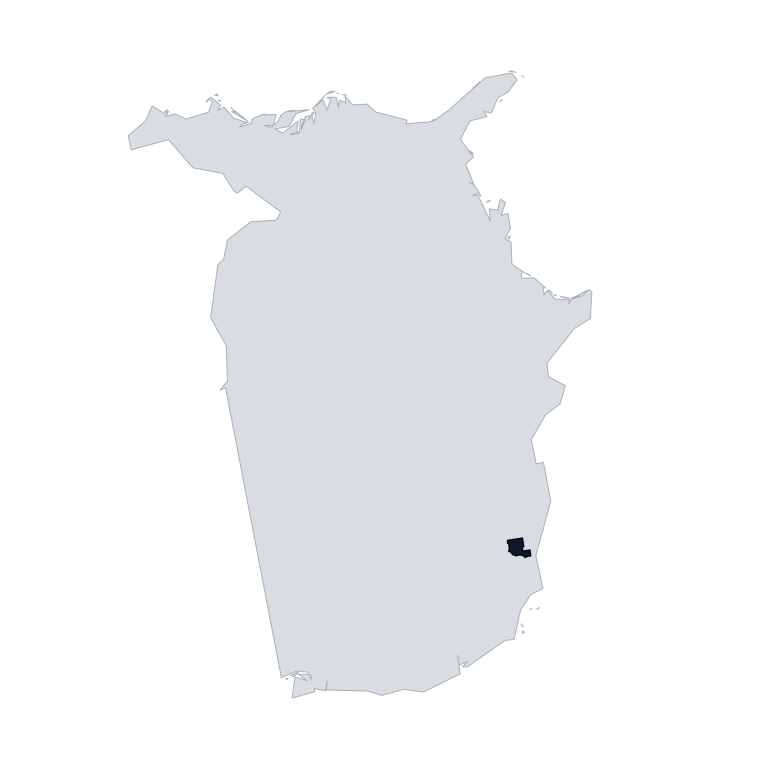 location of La Paz, Arizona, United States of America, rotated 262°
{"feature_id": "52423323B41781381522782", "entity_name": "La Paz", "entity_type": "district", "adm_level": 2, "iso_a3": "USA", "parent_name": "United States of America", "parent_adm1": "Arizona", "projection": "orthographic", "projection_center": [-114.201, 33.672], "detail": "fine", "context": "in_parent", "style": "filled", "palette": "ink", "viewbox_px": 768, "rotation_deg": 262, "n_neighbors": 0, "source": "geoboundaries", "source_scale": "gbopen_adm2", "svg_char_len": 6187}
<svg xmlns="http://www.w3.org/2000/svg" viewBox="0 0 768 768"><g transform="rotate(262 384 384)"><path d="M624.7,224.8L656.1,204.6L651.1,166.3L665.6,165.3L677.4,184.2L691.5,193.1L682.4,204.5L683.8,208.5L679.3,205.1L680.6,214.4L673.9,224.9L677.5,248.0L687.3,253.5L690.6,250.5L687.7,247.3L689.8,248.4L692.2,252.4L682.7,260.9L678.4,257.5L680.3,264.2L668.1,272.0L661.9,284.7L660.9,279.7L658.6,277.2L660.8,289.3L664.5,289.9L667.6,299.6L665.9,314.6L655.4,310.5L656.6,301.1L653.8,308.5L659.3,315.9L664.4,319.4L667.2,324.4L666.1,347.9L664.0,334.4L652.3,325.9L651.8,311.7L646.4,318.4L656.2,335.4L647.2,332.8L645.0,334.4L644.9,327.8L644.1,326.2L643.5,331.6L644.9,335.4L658.2,338.0L657.1,342.3L650.0,337.9L647.8,337.6L656.6,342.7L659.7,343.1L660.0,348.3L655.5,346.1L663.1,350.9L662.3,352.4L658.5,349.9L651.4,351.0L662.0,354.2L666.9,351.8L678.4,366.4L669.0,355.4L673.7,363.2L663.4,365.6L673.4,370.9L675.9,367.1L674.5,376.5L664.2,377.7L671.4,379.3L667.8,385.2L674.6,385.5L664.8,391.7L663.5,406.2L654.5,413.6L642.0,443.6L638.7,442.0L637.2,465.5L638.0,470.9L645.8,485.6L673.2,527.1L674.2,553.8L666.7,558.0L655.9,547.5L651.8,536.9L637.5,528.0L639.9,520.9L634.5,523.0L632.6,505.8L615.5,493.7L596.3,504.0L590.3,495.4L570.0,500.5L571.7,496.0L569.0,500.7L560.2,505.0L558.4,497.6L558.0,503.3L530.0,512.0L542.9,512.7L540.2,520.6L550.8,524.9L546.9,529.7L534.8,523.4L535.5,530.5L520.7,530.9L511.0,524.0L507.0,529.6L484.6,527.3L473.9,539.4L476.6,536.1L469.5,534.9L468.1,547.5L456.1,557.7L458.8,554.8L450.0,555.1L453.6,558.6L444.1,565.5L442.0,579.4L437.1,578.0L441.6,580.9L443.9,593.0L449.0,599.7L446.3,602.7L420.2,597.4L412.5,580.3L382.0,548.2L368.4,547.8L356.9,563.4L339.9,555.6L331.2,539.8L308.5,522.1L283.9,523.6L284.2,531.0L244.6,532.8L192.9,510.5L159.5,513.0L155.2,500.3L141.4,487.9L112.9,477.1L113.3,468.2L92.1,426.7L93.2,422.6L97.6,428.2L95.2,419.3L105.4,419.3L86.3,418.9L73.5,380.4L78.9,361.1L75.9,338.6L82.2,324.9L89.1,284.4L97.6,286.3L88.3,283.4L92.2,272.7L88.9,272.5L85.8,249.3L106.2,255.1L100.8,266.7L108.5,258.8L106.9,268.7L101.6,270.7L105.2,271.5L109.5,267.6L111.8,257.6L107.6,241.5L402.2,226.6L400.7,220.7L408.8,229.4L443.5,233.2L473.7,221.6L525.3,236.1L529.7,242.5L548.3,249.0L563.2,274.7L561.2,300.1L568.7,305.7L599.1,274.9L593.4,265.4L595.8,262.4L615.0,253.8L624.7,224.8ZM674.1,274.6L679.2,270.7L662.2,286.6L675.1,271.0L674.1,274.6ZM108.3,251.3L110.4,257.9L110.1,258.8L106.7,253.7L108.3,251.3ZM448.3,597.6L443.6,587.5L443.0,581.4L444.4,587.7L448.3,597.6ZM684.1,204.5L685.6,207.6L684.5,207.4L684.1,204.5ZM511.8,527.1L512.9,529.4L510.2,528.0L511.8,527.1ZM123.6,487.9L127.0,486.6L127.2,487.0L123.6,487.9ZM120.1,486.7L118.7,488.4L117.7,486.8L120.1,486.7ZM687.9,258.8L687.4,261.5L686.8,261.2L687.9,258.8ZM444.2,575.5L443.0,580.6L446.2,570.5L444.2,575.5ZM664.8,513.2L670.0,521.4L664.0,512.5L664.8,513.2ZM140.4,496.8L141.7,499.5L140.2,497.0L140.4,496.8ZM675.8,554.7L674.1,558.5L676.5,550.9L675.8,554.7ZM681.4,371.7L680.4,376.3L679.0,367.0L681.4,371.7ZM105.9,245.9L105.8,247.7L104.7,246.7L105.9,245.9ZM454.0,560.5L449.6,563.6L454.0,559.8L454.0,560.5ZM693.5,256.9L694.5,259.2L692.6,259.5L693.5,256.9ZM140.0,504.1L141.1,507.3L139.6,504.4L140.0,504.1ZM448.7,565.6L446.9,567.2L448.3,564.9L448.7,565.6ZM667.8,328.6L667.3,334.4L667.4,326.7L667.8,328.6ZM472.9,541.8L470.1,544.3L474.0,540.1L472.9,541.8ZM638.4,467.8L639.0,471.8L638.0,469.2L638.4,467.8ZM675.7,385.8L675.1,386.9L676.5,383.0L675.7,385.8ZM603.4,500.9L600.5,503.9L599.0,503.9L603.4,500.9ZM558.7,504.7L558.2,505.6L556.2,505.9L558.7,504.7ZM648.2,538.5L649.3,541.1L647.5,538.2L648.2,538.5ZM550.9,512.6L550.9,515.2L549.8,510.8L550.9,512.6ZM669.8,563.9L668.0,564.9L670.4,563.2L669.8,563.9ZM667.8,301.4L667.7,304.2L667.6,300.3L667.8,301.4ZM678.8,377.8L678.1,379.1L677.8,379.1L678.8,377.8Z" fill="#d9dde1" stroke="#a8b0b8" stroke-width="1"/><path d="M201.0,484.4L201.0,484.5L201.0,484.8L201.0,485.0L200.9,485.1L200.7,485.1L200.6,485.3L200.3,485.6L200.0,485.8L199.9,486.0L199.8,486.3L199.7,486.3L199.4,486.5L199.2,486.6L198.9,486.7L198.6,487.0L198.3,487.2L198.1,487.2L198.0,487.4L197.9,487.4L197.8,487.5L197.7,487.5L197.4,487.6L197.2,487.6L197.1,487.8L197.0,488.0L196.9,488.1L196.9,488.4L196.9,488.5L196.9,488.8L196.9,489.0L196.7,489.2L196.6,489.3L196.6,489.5L196.4,489.7L196.3,489.8L196.1,489.9L196.1,490.0L195.9,490.1L195.7,490.3L195.6,490.5L195.8,490.8L195.9,491.0L195.8,491.3L196.0,491.4L196.0,491.5L195.8,491.7L195.7,491.7L195.7,491.8L195.7,492.1L195.8,492.2L195.8,492.3L195.7,492.4L195.8,492.7L195.8,492.9L195.9,493.2L196.0,493.3L196.0,493.5L195.9,493.7L195.9,493.8L196.0,493.8L196.0,494.0L196.1,494.4L196.0,494.5L195.9,494.5L195.7,494.6L195.6,494.8L195.7,495.0L195.6,495.3L195.6,495.5L195.7,495.8L195.5,496.1L195.5,496.3L195.5,496.5L195.7,496.8L195.2,497.1L195.2,497.3L195.1,497.5L194.9,497.5L194.7,497.8L194.5,498.0L194.3,498.3L194.3,498.5L194.2,498.8L194.1,499.0L193.9,499.1L193.6,499.0L193.4,499.0L193.1,499.1L192.9,499.2L193.0,499.3L193.1,499.5L193.3,499.9L193.3,500.0L193.3,500.3L193.2,500.5L192.9,500.7L192.9,500.8L192.9,501.1L193.0,501.1L193.3,501.2L193.5,501.3L193.6,501.6L193.4,501.8L193.5,502.0L193.6,502.4L193.6,502.5L193.6,502.8L193.5,503.0L193.5,503.3L193.4,503.5L193.2,504.0L193.1,504.3L193.3,504.4L193.4,504.5L193.6,504.9L193.6,505.1L193.7,505.3L193.8,505.3L194.0,505.1L194.2,505.4L194.3,505.4L194.6,505.4L194.8,505.4L195.0,505.3L195.3,505.3L195.5,505.3L195.8,505.4L197.8,505.4L198.2,505.4L199.2,505.4L199.2,498.2L203.5,498.2L203.5,499.7L212.1,499.6L212.1,496.5L212.0,489.4L211.9,484.1L211.8,484.3L211.6,484.5L211.2,484.4L210.9,484.5L210.8,484.4L210.6,484.4L210.3,484.4L210.2,484.4L209.8,484.4L209.7,484.4L209.4,484.3L209.4,484.2L209.4,484.3L209.1,484.3L209.0,484.6L208.8,484.8L208.7,484.9L208.6,485.1L208.5,485.4L208.4,485.4L208.3,485.6L208.2,485.6L207.9,485.7L207.7,485.6L207.6,485.8L207.4,485.9L207.2,485.9L206.9,485.9L206.8,485.7L206.7,485.7L206.4,485.4L206.3,485.5L206.2,485.5L205.9,485.6L205.7,485.5L205.4,485.6L205.2,485.7L204.9,485.4L204.9,485.2L204.7,485.2L204.3,485.3L204.2,485.3L203.9,485.3L203.7,485.2L203.3,485.1L203.1,485.2L202.9,485.2L202.7,485.2L202.4,485.1L202.2,485.0L202.2,484.9L202.0,484.6L201.9,484.6L201.7,484.5L201.3,484.5L201.0,484.4L201.0,484.4Z" fill="#0f172a" stroke="#020617" stroke-width="1.5"/></g></svg>